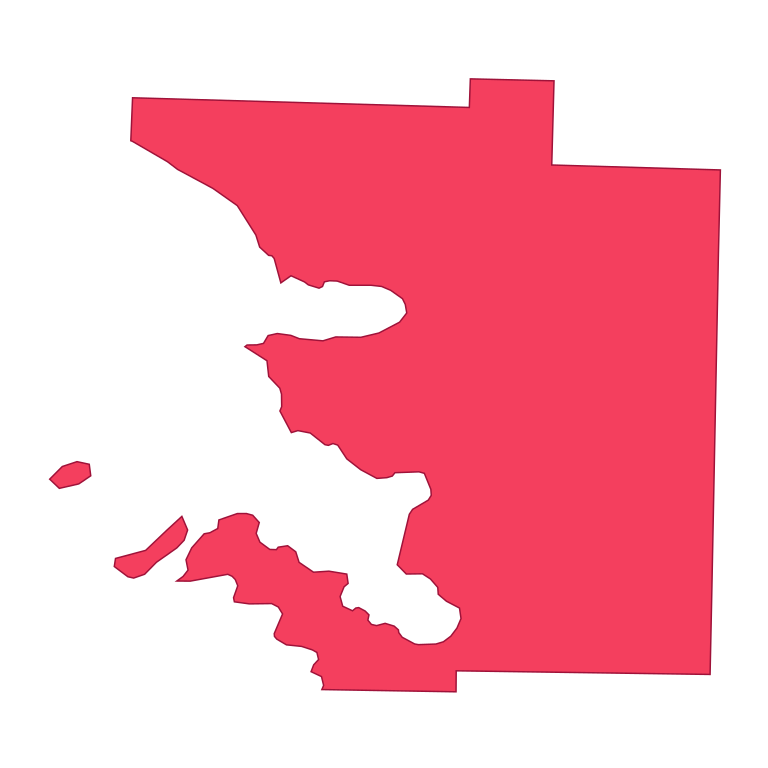 Delta, Michigan, United States of America, rotated 91°
{"feature_id": "52423323B33071012110006", "entity_name": "Delta", "entity_type": "district", "adm_level": 2, "iso_a3": "USA", "parent_name": "United States of America", "parent_adm1": "Michigan", "projection": "albers", "projection_center": [-86.773, 45.817], "detail": "fine", "context": "isolated", "style": "filled", "palette": "rose", "viewbox_px": 768, "rotation_deg": 91, "n_neighbors": 0, "source": "geoboundaries", "source_scale": "gbopen_adm2", "svg_char_len": 2314}
<svg xmlns="http://www.w3.org/2000/svg" viewBox="0 0 768 768"><g transform="rotate(91 384 384)"><path d="M145.2,641.4L145.7,639.9L165.5,604.4L173.0,594.2L191.4,558.5L208.2,533.8L237.3,514.7L249.3,510.7L257.4,501.6L257.7,498.4L260.4,496.0L284.7,488.9L277.4,478.9L283.3,465.3L286.2,461.4L289.3,450.6L287.6,447.2L282.9,445.4L281.7,440.1L281.9,432.6L285.9,420.4L285.5,398.7L286.5,388.1L290.2,379.0L298.4,367.0L304.1,364.1L312.6,362.5L321.9,369.5L333.1,390.0L337.7,407.9L337.8,433.1L341.9,445.8L340.2,469.4L337.0,478.0L335.4,491.6L337.6,500.7L345.5,505.2L347.1,511.9L347.4,521.6L349.1,523.7L362.8,501.4L378.5,499.4L390.0,488.1L395.9,486.3L408.4,485.9L412.8,487.6L434.2,475.8L432.1,469.3L434.3,456.9L445.7,442.0L446.3,438.5L444.4,434.0L445.9,429.2L459.5,419.9L470.1,405.8L478.5,389.5L477.6,379.5L475.9,374.1L472.5,371.5L471.2,347.5L472.6,342.1L488.5,335.3L494.5,334.8L499.3,337.7L508.8,353.2L513.8,356.4L564.5,367.6L573.6,358.4L573.1,342.2L578.1,334.2L586.4,326.7L593.3,326.1L600.1,317.8L606.7,304.6L617.2,302.9L626.8,306.8L635.0,312.8L640.7,320.1L643.1,327.6L644.0,345.0L643.4,348.8L636.9,361.4L632.3,364.9L629.6,365.3L625.9,369.6L623.3,378.7L625.7,387.2L624.6,392.4L620.4,396.0L615.1,395.0L611.3,398.9L608.0,405.4L608.5,408.3L611.3,411.5L606.9,421.4L597.3,424.2L587.5,420.4L584.0,416.4L574.7,417.9L572.1,435.8L573.4,451.2L563.8,465.8L553.3,469.3L547.4,477.5L549.0,486.9L551.5,488.7L551.4,495.3L544.3,505.3L535.6,509.2L524.7,506.3L517.5,513.0L515.9,519.4L516.1,528.4L522.8,546.7L531.4,547.7L535.8,555.6L536.9,561.2L551.2,573.4L563.2,578.9L573.5,576.7L579.9,581.5L584.6,587.7L584.5,574.4L577.0,536.9L578.9,532.5L582.1,529.3L588.3,526.7L600.3,530.7L604.4,529.8L606.2,514.8L605.5,492.5L608.8,485.8L615.7,481.4L635.5,489.4L638.3,489.1L641.0,486.7L646.5,477.0L647.8,461.8L651.1,451.0L653.6,446.4L660.6,444.6L666.0,449.4L672.9,451.9L677.6,441.4L686.4,439.1L690.6,440.8L690.5,306.6L669.5,306.8L668.7,52.9L584.4,52.6L248.3,51.9L164.1,51.4L162.1,220.1L77.9,219.3L77.4,303.0L106.0,303.5L102.2,640.4L145.2,641.4ZM533.4,577.8L519.9,583.8L533.9,598.5L554.5,619.4L563.1,649.4L571.2,650.5L581.2,636.7L582.4,630.9L578.4,620.0L566.2,608.4L551.5,588.3L543.7,581.1L533.4,577.8ZM469.4,677.3L467.0,689.6L472.1,704.2L485.0,716.6L494.0,706.8L489.2,687.4L480.9,675.6L469.4,677.3Z" fill="#f43f5e" stroke="#9f1239" stroke-width="1.5"/></g></svg>